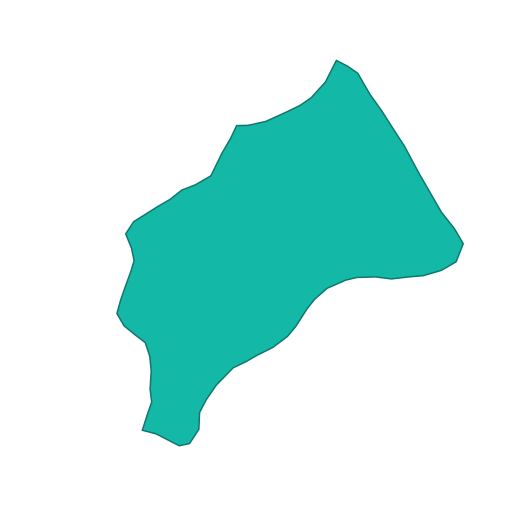 Gastria, Cyprus, rotated 330°
{"feature_id": "46923920B84775184962851", "entity_name": "Gastria", "entity_type": "district", "adm_level": 2, "iso_a3": "CYP", "parent_name": "Cyprus", "parent_adm1": "", "projection": "equal_earth", "projection_center": [33.989, 35.335], "detail": "fine", "context": "isolated", "style": "filled", "palette": "teal", "viewbox_px": 512, "rotation_deg": 330, "n_neighbors": 0, "source": "geoboundaries", "source_scale": "gbopen_adm2", "svg_char_len": 993}
<svg xmlns="http://www.w3.org/2000/svg" viewBox="0 0 512 512"><g transform="rotate(330 256 256)"><path d="M423.4,126.8L403.2,140.0L383.0,146.5L369.9,147.6L353.8,146.5L331.6,144.3L314.5,138.9L304.4,133.4L293.3,141.1L278.2,149.8L257.0,164.0L238.9,164.0L224.7,161.8L209.6,164.0L196.5,164.0L167.3,165.1L154.2,171.7L152.1,187.0L148.1,199.1L140.0,206.7L126.9,217.7L116.8,226.4L106.8,236.3L106.8,241.4L106.8,250.5L111.8,263.6L116.8,275.7L113.8,289.9L107.8,303.1L97.7,318.4L92.6,330.4L83.6,338.1L70.4,350.1L80.5,360.0L94.6,381.9L104.7,385.2L119.9,377.5L128.9,363.3L141.0,355.6L157.2,347.9L180.4,341.4L194.5,342.5L207.6,342.5L224.7,343.6L242.9,341.4L255.0,337.0L274.2,327.1L285.2,322.8L301.4,319.5L321.5,321.7L332.6,325.0L348.8,333.7L361.9,343.6L377.0,350.1L391.1,356.7L409.3,361.1L426.4,361.1L441.6,349.0L441.5,331.5L438.5,310.7L438.5,288.8L438.5,265.8L439.5,235.2L438.5,216.6L437.5,193.6L435.5,172.8L435.5,148.7L430.4,137.8L423.4,126.8Z" fill="#14b8a6" stroke="#0f766e" stroke-width="1.5"/></g></svg>